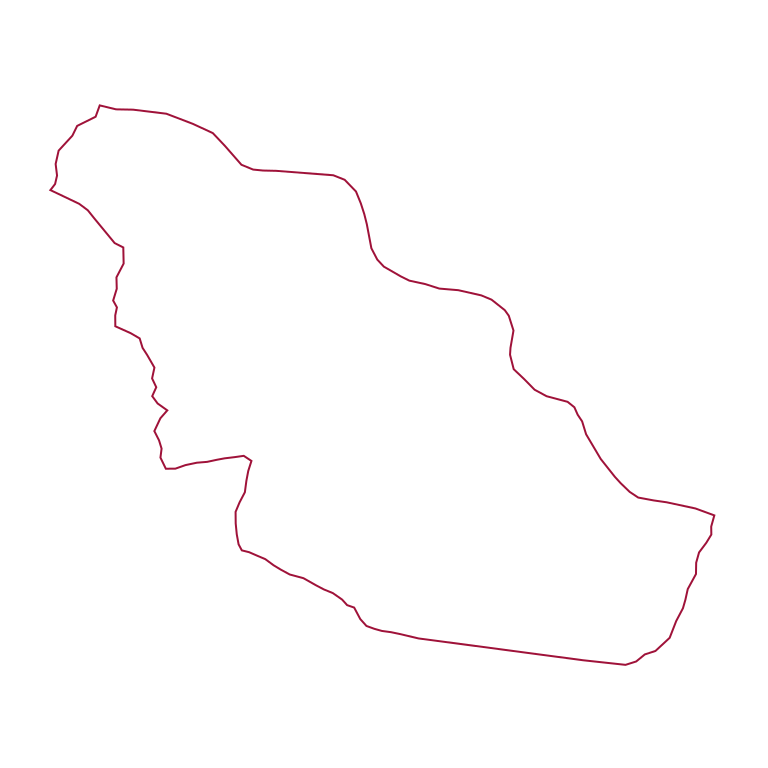 Nazária, Piauí, Brazil (Robinson projection), rotated 87°
{"feature_id": "56859067B86808637592511", "entity_name": "Nazária", "entity_type": "district", "adm_level": 2, "iso_a3": "BRA", "parent_name": "Brazil", "parent_adm1": "Piauí", "projection": "robinson", "projection_center": [-42.873, -5.44], "detail": "fine", "context": "isolated", "style": "outline", "palette": "rose", "viewbox_px": 768, "rotation_deg": 87, "n_neighbors": 0, "source": "geoboundaries", "source_scale": "gbopen_adm2", "svg_char_len": 1842}
<svg xmlns="http://www.w3.org/2000/svg" viewBox="0 0 768 768"><g transform="rotate(87 384 384)"><path d="M90.9,653.3L102.0,658.0L110.2,676.9L119.7,682.2L133.9,696.7L147.1,700.4L158.7,699.6L167.1,702.0L172.9,707.0L188.1,679.0L195.0,670.7L203.5,664.6L229.2,645.6L234.0,637.2L250.1,637.7L263.5,645.6L274.9,645.9L286.5,650.1L293.5,646.7L301.4,648.8L312.3,649.3L320.0,634.3L325.7,625.6L335.3,623.2L342.6,619.0L355.6,612.4L366.3,615.3L375.3,611.6L384.0,616.1L391.6,611.1L399.0,601.8L406.5,609.1L419.0,615.8L428.5,611.6L436.9,609.5L445.8,611.1L457.2,606.3L457.6,596.7L454.6,586.5L452.8,575.0L452.5,564.7L450.9,554.7L449.9,547.1L449.2,536.8L448.4,527.8L453.9,520.4L463.7,524.1L473.5,526.5L484.8,528.6L494.6,534.4L503.9,538.9L515.5,539.4L526.4,538.9L536.5,537.6L542.7,534.7L544.9,527.5L548.7,519.9L552.7,511.7L559.2,503.8L563.9,496.9L569.3,488.1L573.7,474.6L581.3,462.7L586.0,454.8L590.1,446.1L597.1,437.1L602.9,432.4L605.7,425.5L617.5,420.0L624.7,414.2L628.0,406.4L630.5,399.0L632.2,390.0L634.5,381.3L639.9,362.8L670.3,199.6L677.1,157.5L674.3,146.7L667.7,137.7L664.8,126.9L652.4,112.0L636.0,104.6L623.6,97.2L615.2,94.3L604.7,91.4L590.1,82.4L578.8,81.6L568.7,78.2L559.5,70.5L551.5,65.0L543.5,64.7L532.5,61.0L524.6,79.5L516.9,108.0L514.4,120.7L510.7,136.1L504.6,144.3L495.5,152.8L488.8,158.3L470.2,171.5L444.8,184.8L431.7,188.1L424.8,192.2L417.2,195.1L411.4,201.6L404.7,222.3L397.6,233.9L386.3,243.9L376.0,253.7L361.4,256.6L354.5,255.8L337.4,251.9L322.4,255.8L316.6,259.5L305.4,272.2L300.6,282.2L294.2,304.9L291.6,323.8L286.4,337.5L282.1,353.3L277.3,361.8L266.8,378.0L259.4,384.2L247.8,389.5L223.5,392.8L213.3,394.8L202.4,397.7L190.3,401.9L178.0,412.6L172.9,423.7L165.5,480.4L164.5,493.6L163.0,503.5L157.6,514.9L137.9,530.4L124.5,541.8L114.2,561.3L102.7,587.2L96.9,620.3L95.7,637.2L90.9,653.3Z" fill="none" stroke="#9f1239" stroke-width="2"/></g></svg>